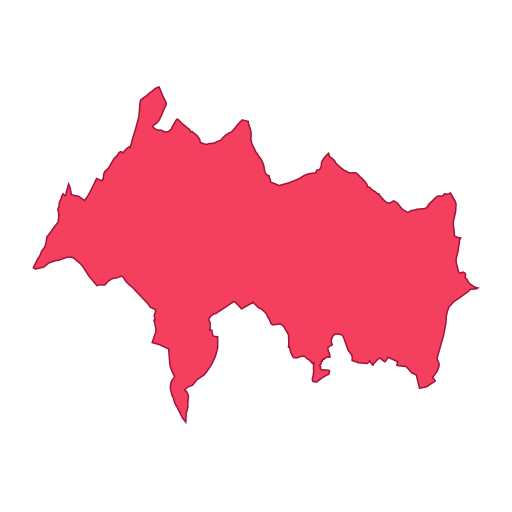 Budesti, Bistrita-Nasaud, Romania, rotated 91°
{"feature_id": "2599482B13391469059037", "entity_name": "Budesti", "entity_type": "district", "adm_level": 2, "iso_a3": "ROU", "parent_name": "Romania", "parent_adm1": "Bistrita-Nasaud", "projection": "equal_earth", "projection_center": [24.229, 46.834], "detail": "fine", "context": "isolated", "style": "filled", "palette": "rose", "viewbox_px": 512, "rotation_deg": 91, "n_neighbors": 0, "source": "geoboundaries", "source_scale": "gbopen_adm2", "svg_char_len": 6087}
<svg xmlns="http://www.w3.org/2000/svg" viewBox="0 0 512 512"><g transform="rotate(91 256 256)"><path d="M271.5,478.4L272.6,477.3L272.8,475.7L271.8,472.3L270.9,468.2L266.5,462.9L264.4,457.2L263.3,452.0L263.0,451.7L261.2,446.5L260.5,445.1L260.4,441.1L261.1,438.4L267.3,430.9L270.7,428.1L278.6,423.0L288.4,414.5L287.6,412.4L287.5,410.7L287.7,407.1L287.5,406.5L284.0,403.6L281.5,400.0L280.7,397.5L280.2,394.8L278.8,390.9L278.6,390.2L279.0,389.2L279.6,388.3L282.6,386.4L285.3,384.1L287.3,381.9L288.9,379.6L306.2,362.7L308.3,361.4L309.6,359.9L310.2,358.1L311.7,355.3L314.5,355.8L317.3,356.8L321.5,355.7L321.9,357.0L327.0,355.6L331.2,354.7L333.4,354.8L344.4,358.3L346.3,351.1L350.5,341.7L364.6,340.4L368.6,339.7L374.1,337.3L377.7,335.4L379.9,336.3L382.0,338.0L384.5,338.9L387.5,339.3L390.3,339.2L393.6,338.4L397.5,337.2L399.9,335.9L403.1,335.1L406.4,333.7L408.6,332.2L419.3,326.7L423.3,323.3L414.5,323.0L408.6,321.5L403.8,321.6L397.8,321.0L395.1,321.8L392.6,323.0L391.5,325.1L389.8,323.8L388.1,321.7L386.3,317.2L380.8,312.9L375.6,305.6L372.7,303.4L366.5,299.3L363.3,297.6L356.9,294.8L348.4,292.7L337.4,292.9L336.9,297.4L333.7,298.5L331.0,298.8L330.9,301.2L330.3,301.1L329.9,300.7L328.5,300.6L324.3,300.7L322.8,300.9L321.2,301.9L319.5,302.0L316.8,300.0L314.5,297.2L314.3,295.3L301.8,277.2L302.0,276.5L308.1,270.4L309.2,269.6L303.5,260.0L303.4,259.0L302.1,258.3L307.9,252.4L308.2,250.7L311.4,246.7L312.7,245.5L314.4,244.1L315.8,243.7L317.9,242.6L319.0,241.6L322.9,240.1L324.4,238.7L324.6,237.4L324.1,235.1L323.6,231.1L323.8,229.8L324.8,228.3L326.9,226.5L334.1,222.2L342.7,221.6L346.6,221.9L346.6,220.8L350.6,219.9L352.8,219.1L356.2,217.3L356.9,216.6L357.2,214.2L356.8,212.4L355.7,209.5L355.4,207.9L355.6,205.6L356.1,204.7L358.0,202.9L358.3,202.0L359.6,200.2L362.6,197.6L361.6,196.4L368.2,196.6L370.6,196.1L372.0,196.6L374.7,196.7L376.5,197.3L378.6,197.6L380.5,196.9L381.0,193.2L377.1,188.4L373.7,182.9L373.1,181.2L369.5,180.4L368.8,182.1L368.8,185.4L368.5,188.8L367.5,189.6L365.2,189.5L364.6,190.4L363.8,190.4L362.7,189.0L359.9,188.6L360.0,187.9L358.6,187.5L358.3,187.7L357.8,187.2L357.6,186.5L358.1,186.1L357.7,185.8L357.2,185.8L356.1,183.4L355.5,183.1L355.4,181.9L355.9,181.8L355.6,180.2L352.4,180.8L349.7,182.1L348.8,182.1L348.0,182.5L346.5,182.5L344.5,180.6L344.1,178.9L343.3,178.1L340.8,179.3L339.7,179.1L337.9,179.5L336.8,178.5L335.5,178.2L334.0,177.1L332.9,175.8L332.6,172.5L333.4,168.6L335.5,167.2L348.4,162.3L352.6,159.2L355.0,158.0L358.8,158.1L360.0,154.4L360.4,152.4L360.9,152.3L361.5,143.5L361.4,142.9L360.4,141.7L358.9,140.6L362.8,137.8L363.1,137.0L361.6,136.4L357.0,132.3L355.9,130.4L359.3,125.8L359.4,125.0L354.9,122.0L356.0,119.9L359.1,112.6L362.7,113.3L363.2,111.6L363.9,104.0L370.6,97.7L370.5,96.9L372.4,93.6L385.4,90.2L383.8,83.2L377.8,74.5L374.1,77.3L369.5,73.8L367.5,72.6L364.1,71.4L361.6,71.0L360.0,71.2L356.1,73.0L354.7,73.1L332.6,67.2L320.1,65.0L312.4,64.6L307.5,63.6L305.6,62.7L304.1,62.6L298.0,57.2L295.3,53.2L287.8,43.2L285.6,41.2L285.0,35.2L284.1,33.6L283.6,35.5L282.8,37.5L280.1,41.7L278.7,43.0L276.0,44.4L273.9,46.5L271.1,46.1L269.8,46.4L268.5,48.5L268.6,49.4L269.4,50.8L269.3,52.0L268.8,52.7L268.1,53.2L259.8,55.5L257.1,55.9L254.3,55.6L248.3,54.2L236.6,52.7L234.2,51.7L234.1,53.8L233.6,55.7L232.5,57.7L231.6,58.1L230.2,58.0L220.3,59.4L217.2,59.1L208.3,57.2L200.6,56.9L198.3,57.5L189.5,62.7L190.3,63.7L190.9,65.6L191.0,66.2L190.5,67.9L190.5,68.5L191.2,69.3L192.7,70.3L193.0,71.2L192.7,73.1L192.9,74.6L193.6,76.5L200.3,83.2L202.0,84.4L201.8,84.5L204.2,85.8L205.3,87.2L205.7,88.9L206.5,96.1L207.2,97.6L207.9,101.7L209.9,105.0L207.0,110.1L205.0,112.1L203.8,112.9L201.1,115.2L200.1,116.4L199.0,118.1L198.5,119.6L199.9,121.6L200.5,122.8L200.7,123.9L200.4,126.1L199.9,126.9L195.7,131.4L194.8,131.9L193.3,133.4L191.8,134.2L191.6,134.5L191.7,135.5L189.4,138.1L187.9,141.1L185.5,143.3L185.2,144.0L184.9,145.5L182.4,146.4L180.5,147.7L176.6,151.3L175.0,153.4L173.1,155.0L171.3,157.3L171.0,159.1L171.3,162.2L171.0,164.9L169.4,167.5L169.0,169.0L166.3,172.7L162.2,177.4L159.3,179.2L158.3,180.2L155.0,184.3L152.0,185.2L154.2,187.4L157.4,190.1L159.8,191.5L161.5,192.1L165.1,192.4L167.8,193.5L168.7,194.4L169.0,196.5L169.9,197.3L171.6,197.4L171.9,198.3L172.4,202.1L173.2,205.9L174.9,209.6L177.5,213.6L178.5,215.6L180.4,219.9L182.1,224.0L184.2,230.9L185.0,233.6L185.0,234.6L183.3,238.4L182.0,242.3L181.6,242.7L179.3,243.0L177.3,244.1L175.6,244.3L175.1,245.8L173.9,247.3L172.4,248.3L171.0,248.8L166.1,249.6L161.6,251.3L159.0,252.7L156.2,255.0L154.1,256.2L151.1,258.6L149.5,259.1L143.8,262.1L138.8,263.2L135.8,262.9L132.7,263.1L130.1,263.6L123.6,265.8L121.6,266.0L120.2,272.3L124.0,275.8L131.2,281.5L132.9,283.5L133.1,284.4L135.5,288.3L139.1,291.9L141.1,293.4L142.3,297.1L143.5,298.9L144.1,301.3L144.3,304.3L145.2,306.9L145.2,308.5L144.0,311.8L143.7,313.5L141.3,314.1L139.0,315.2L136.8,316.9L132.6,322.1L133.0,323.3L130.7,324.7L124.4,332.8L121.1,336.0L120.5,337.0L120.9,337.8L122.2,338.6L128.7,342.2L130.6,342.9L133.2,345.9L133.5,347.2L133.4,350.3L132.5,351.4L131.9,352.7L131.8,354.0L132.0,355.4L131.2,358.3L128.7,361.7L127.1,360.9L125.2,358.0L121.4,354.9L118.5,353.8L117.5,353.1L111.1,350.7L106.9,348.7L105.2,348.3L104.3,348.5L97.8,351.9L88.7,355.8L89.5,358.2L90.7,360.1L92.9,362.6L94.4,364.8L97.7,368.3L101.7,373.7L102.4,374.1L105.9,374.7L116.9,375.4L119.8,375.8L132.1,378.9L141.3,381.6L147.5,383.0L149.6,383.7L149.0,384.7L150.5,386.7L152.9,389.1L155.2,390.7L153.9,392.8L154.9,394.7L157.7,396.3L160.4,399.0L162.5,400.5L170.4,404.8L173.8,408.3L174.9,409.0L177.1,409.7L180.8,410.0L182.0,410.6L182.2,410.2L183.6,411.3L181.3,416.7L191.8,421.5L198.5,425.0L203.6,428.3L201.6,431.1L201.4,431.8L199.7,433.6L198.7,437.8L198.2,441.1L196.3,442.0L194.9,442.1L193.8,442.6L191.9,442.7L187.3,444.6L195.4,446.8L195.6,446.5L198.7,447.4L198.9,447.6L198.7,448.5L197.2,449.9L197.6,450.2L199.5,451.3L202.0,451.8L206.1,453.6L210.3,453.9L211.4,454.6L213.4,454.9L214.8,454.3L219.5,453.8L225.6,454.5L231.5,459.0L236.3,462.1L237.2,463.0L238.6,463.6L240.1,465.3L247.4,466.4L250.6,467.3L255.0,470.5L258.5,471.7L261.0,472.9L262.6,474.2L271.5,478.4Z" fill="#f43f5e" stroke="#9f1239" stroke-width="1.5"/></g></svg>